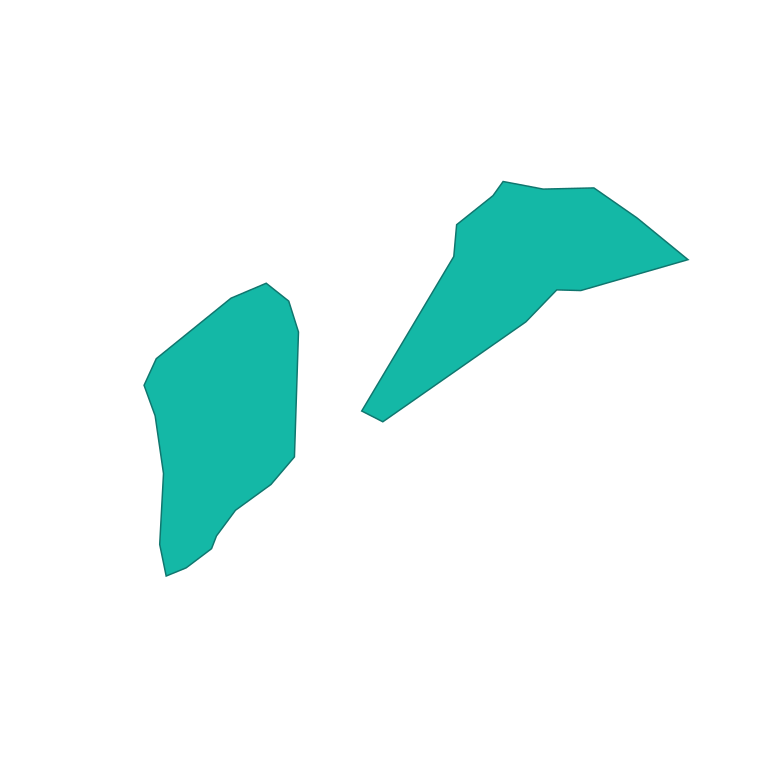 an SVG outline of Alo, rotated 117°
{"feature_id": "WLF-4997", "entity_name": "Alo", "entity_type": "state/province", "adm_level": 1, "iso_a3": "WLF", "parent_name": "Wallis and Futuna", "parent_adm1": "", "projection": "albers", "projection_center": [-178.058, -14.317], "detail": "fine", "context": "isolated", "style": "filled", "palette": "teal", "viewbox_px": 768, "rotation_deg": 117, "n_neighbors": 0, "source": "natural_earth", "source_scale": "10m", "svg_char_len": 544}
<svg xmlns="http://www.w3.org/2000/svg" viewBox="0 0 768 768"><g transform="rotate(117 384 384)"><path d="M637.6,476.8L654.0,490.9L628.8,511.0L563.9,539.8L516.2,573.5L494.1,597.2L464.8,598.4L377.0,559.3L347.7,534.7L353.4,506.5L376.5,483.8L489.6,430.7L524.8,439.1L563.9,459.0L595.4,464.3L609.0,462.9L637.6,476.8ZM135.2,169.6L211.4,251.1L221.7,272.8L264.2,285.8L418.2,367.9L418.2,391.6L238.7,379.7L209.1,391.6L166.7,372.4L149.5,369.8L138.1,330.7L114.0,286.0L121.2,233.8L135.2,169.6Z" fill="#14b8a6" stroke="#0f766e" stroke-width="1.5"/></g></svg>